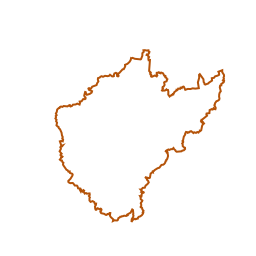 Zimapán, Hidalgo, Mexico (Robinson projection), rotated 24°
{"feature_id": "50627088B91446293521910", "entity_name": "Zimapán", "entity_type": "district", "adm_level": 2, "iso_a3": "MEX", "parent_name": "Mexico", "parent_adm1": "Hidalgo", "projection": "robinson", "projection_center": [-99.362, 20.762], "detail": "fine", "context": "isolated", "style": "outline", "palette": "amber", "viewbox_px": 256, "rotation_deg": 24, "n_neighbors": 0, "source": "geoboundaries", "source_scale": "gbopen_adm2", "svg_char_len": 5838}
<svg xmlns="http://www.w3.org/2000/svg" viewBox="0 0 256 256"><g transform="rotate(24 128 128)"><path d="M168.6,158.0L168.3,157.5L169.1,156.8L169.4,155.7L171.4,152.7L172.8,151.5L173.6,148.1L175.1,147.2L175.7,146.2L176.1,144.5L175.8,143.2L176.3,142.2L175.9,141.6L176.4,140.4L176.0,137.3L174.5,135.0L174.0,134.9L174.1,134.5L171.9,133.9L171.9,133.6L172.5,132.6L173.1,132.7L172.9,132.2L173.6,131.2L174.7,131.2L175.9,129.8L177.0,129.4L177.7,127.8L178.7,128.6L180.4,129.1L181.0,129.7L182.1,129.9L186.4,127.5L186.7,126.7L188.1,125.6L188.7,124.0L188.1,122.9L187.5,123.1L185.3,122.2L184.6,120.7L183.8,120.1L184.2,118.9L183.8,118.6L183.8,117.8L183.1,117.6L183.3,116.9L182.5,113.2L182.9,110.7L182.5,109.9L182.6,108.0L184.3,107.6L183.9,108.0L184.4,108.2L185.5,107.1L184.6,106.5L185.6,107.0L186.3,105.7L187.1,105.2L189.8,106.0L190.2,105.0L192.1,104.8L192.9,103.5L194.2,103.5L194.2,102.9L195.0,101.8L194.8,101.3L195.3,101.3L195.8,100.3L194.8,95.8L194.9,94.3L195.6,93.0L193.8,92.0L193.3,92.2L193.5,92.9L192.5,92.6L191.8,92.0L191.8,91.1L192.4,91.3L192.4,90.0L195.2,84.6L194.0,83.6L193.9,82.8L196.3,81.3L195.3,78.4L196.8,76.7L197.5,76.9L198.0,76.5L198.1,75.2L199.0,75.6L200.2,75.3L200.0,74.0L197.6,72.0L197.8,71.3L197.4,70.1L197.9,67.6L199.0,66.5L199.8,65.0L199.5,63.7L198.5,62.4L197.6,60.0L197.4,58.4L197.8,56.7L195.3,53.5L194.9,51.8L195.9,51.1L195.3,49.8L196.3,48.4L196.2,47.6L196.8,47.2L196.6,45.7L196.1,45.3L195.4,45.5L195.6,44.0L194.8,43.2L194.7,41.6L194.0,40.4L191.4,38.7L190.6,36.9L187.7,39.8L188.9,40.9L189.6,42.3L188.5,43.8L186.6,45.3L186.1,47.2L184.3,48.4L185.5,50.5L183.4,53.8L183.3,54.6L180.9,56.9L180.1,56.8L179.4,55.8L178.4,55.2L177.1,52.8L171.7,49.6L171.3,50.5L172.6,53.1L173.3,57.9L176.5,62.8L173.6,64.6L170.9,65.5L169.2,67.0L166.7,68.0L164.8,69.8L162.2,67.6L161.8,67.6L160.9,68.5L160.9,69.7L159.6,69.8L159.7,71.0L157.8,71.6L157.8,72.9L157.4,73.6L156.8,73.5L156.9,74.2L155.7,76.5L155.8,78.0L155.2,78.5L155.6,79.1L154.4,80.0L154.5,80.5L153.6,81.3L153.2,82.3L151.2,81.1L150.1,78.4L149.0,77.0L148.0,77.4L147.4,77.1L146.8,78.4L145.6,79.3L144.4,79.4L144.2,79.9L143.8,79.9L143.9,77.8L143.2,77.5L143.0,76.3L143.7,75.7L143.9,73.7L142.5,71.8L142.6,71.2L144.2,69.7L144.1,67.4L143.3,67.3L142.4,66.3L141.5,66.5L140.9,65.9L140.8,65.2L139.7,65.4L137.8,63.8L136.0,63.8L135.5,64.3L134.3,64.5L134.7,64.9L133.1,65.1L131.8,65.9L132.2,67.0L133.4,68.0L133.2,69.2L131.2,69.1L129.0,71.5L128.2,71.5L128.2,70.7L126.9,70.1L127.2,69.6L125.8,68.8L126.1,68.0L124.1,67.3L120.4,57.0L119.3,57.7L118.4,56.5L118.4,54.7L117.7,54.7L117.7,54.2L116.3,53.6L115.3,53.7L115.3,53.1L116.3,52.7L116.6,52.0L116.8,50.6L116.6,49.8L115.9,49.9L115.1,48.7L113.4,49.7L111.8,50.0L110.5,50.7L111.4,52.0L110.7,53.8L111.7,56.1L111.9,59.7L111.6,60.2L106.1,62.0L103.6,62.1L102.9,62.9L102.4,62.9L102.8,65.0L102.5,67.0L101.4,69.6L99.6,71.5L100.4,73.0L100.2,76.0L99.2,76.6L97.7,81.2L96.9,82.3L97.0,83.0L98.2,84.2L97.9,84.9L97.0,85.0L95.5,82.6L94.5,82.5L93.4,83.7L93.5,85.5L94.0,86.3L93.6,86.8L92.5,87.3L89.9,86.7L89.5,88.0L88.4,88.9L85.8,89.7L84.3,91.4L82.9,91.4L82.0,92.3L81.6,93.5L80.3,94.7L80.8,96.1L82.0,97.5L81.6,99.7L81.8,101.6L78.5,104.8L78.2,106.9L77.5,107.4L76.2,107.4L75.8,108.0L76.7,109.0L80.2,109.0L80.4,110.4L79.2,112.4L76.9,114.4L76.1,114.1L74.7,112.4L74.2,112.5L74.8,116.2L75.7,117.1L76.8,117.4L77.3,118.5L76.9,119.2L75.3,119.8L74.7,122.5L73.1,123.5L74.0,124.7L74.2,126.3L71.7,126.4L70.6,127.8L68.2,129.1L67.9,130.5L66.8,131.7L66.2,131.6L65.8,130.8L65.2,130.9L63.9,132.9L60.3,134.1L59.5,135.4L58.1,135.6L57.3,136.5L57.3,137.6L56.7,137.8L55.8,139.9L56.4,142.4L56.2,144.1L57.6,145.3L57.1,146.4L57.9,147.5L57.8,148.8L59.4,149.6L59.5,151.0L61.0,152.0L61.6,154.7L63.3,155.3L64.0,155.2L64.9,156.3L66.4,156.8L69.2,159.3L70.8,161.8L71.8,162.5L72.2,163.3L72.1,164.1L73.4,164.9L73.6,165.5L73.2,166.0L73.7,166.7L72.0,167.2L71.2,167.9L74.1,171.0L75.0,170.9L75.5,170.4L75.2,171.6L74.1,172.0L74.0,173.1L74.9,173.7L75.2,174.5L75.0,177.1L77.8,178.5L77.2,179.5L77.5,180.4L79.8,180.8L79.7,181.4L78.8,182.2L79.0,183.0L78.6,184.6L79.8,185.0L80.9,184.6L81.8,185.7L83.1,186.0L83.3,187.5L84.0,188.3L88.8,191.2L90.1,191.2L91.3,192.1L92.4,191.4L92.9,192.4L93.3,192.7L95.6,192.5L96.3,192.9L96.6,194.1L96.1,197.8L95.0,200.6L95.4,201.5L96.6,201.9L97.9,201.8L99.6,200.8L100.4,200.8L102.8,202.2L104.7,201.4L105.6,201.8L106.9,203.4L108.8,202.8L109.1,204.0L110.7,205.2L110.6,203.6L112.2,204.5L112.6,202.9L113.4,203.1L113.3,204.2L115.1,205.5L115.6,204.8L116.2,204.5L116.9,204.8L119.5,203.4L120.3,204.7L119.9,206.0L121.4,206.9L121.4,207.9L122.3,209.9L123.9,210.7L125.4,209.2L127.3,209.4L128.5,210.7L129.6,210.1L130.0,211.4L129.7,213.0L130.9,215.1L131.7,215.8L132.4,215.5L132.6,213.9L132.9,213.6L135.1,213.9L135.6,212.9L136.2,212.8L136.9,213.2L137.2,214.6L136.8,215.7L137.6,216.4L138.2,216.7L141.2,216.1L142.9,216.4L143.8,216.1L144.2,214.9L145.2,214.6L145.8,213.1L146.4,212.9L147.1,215.4L148.5,216.4L151.8,217.5L152.1,219.1L153.1,217.9L155.7,216.9L156.1,216.3L155.9,214.2L156.8,213.1L157.0,212.2L157.9,211.8L158.4,211.0L159.1,210.8L160.1,209.7L162.1,209.1L162.9,208.2L162.4,208.1L162.4,207.5L164.8,204.3L165.0,200.7L165.9,200.9L167.7,204.1L167.9,205.1L168.6,205.7L168.9,207.3L168.5,209.8L169.4,212.4L169.8,209.9L171.2,208.1L172.0,208.3L173.5,206.9L173.8,206.7L173.5,206.0L174.0,204.7L175.0,203.9L176.1,202.1L176.5,200.2L176.0,199.6L176.4,199.3L176.3,198.5L175.6,198.0L175.7,197.2L174.3,196.6L173.4,195.3L171.8,195.2L171.6,194.8L171.9,194.1L171.0,192.2L170.3,191.7L170.2,191.0L170.7,189.3L170.6,188.4L168.6,187.9L167.6,186.1L166.8,185.4L168.1,185.1L168.0,184.3L167.5,183.7L167.4,181.5L168.5,180.9L168.6,180.5L168.2,180.2L166.1,180.9L166.2,179.9L164.5,179.1L165.3,178.7L165.8,176.7L167.6,175.7L167.5,173.5L168.6,171.3L169.1,169.3L168.0,168.2L166.3,167.5L166.1,166.8L163.5,165.9L167.5,165.3L168.1,164.8L168.2,164.3L167.2,160.4L168.2,158.8L168.2,157.9L168.6,158.0Z" fill="none" stroke="#b45309" stroke-width="2"/></g></svg>